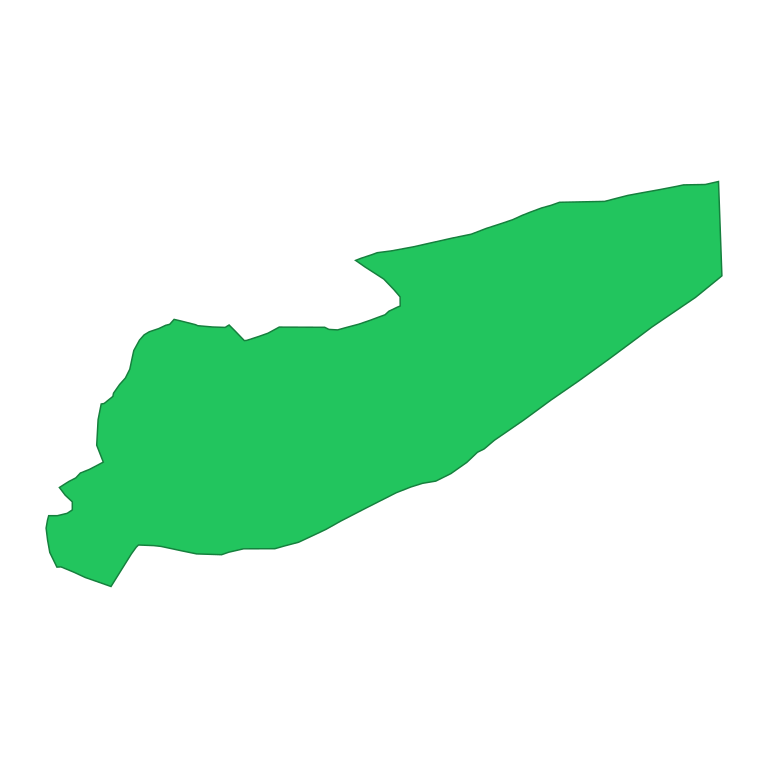 Aderbissinat, Agadez, Niger
{"feature_id": "23599985B52241460380538", "entity_name": "Aderbissinat", "entity_type": "district", "adm_level": 2, "iso_a3": "NER", "parent_name": "Niger", "parent_adm1": "Agadez", "projection": "albers", "projection_center": [8.516, 16.502], "detail": "fine", "context": "isolated", "style": "filled", "palette": "green", "viewbox_px": 768, "rotation_deg": 0, "n_neighbors": 0, "source": "geoboundaries", "source_scale": "gbopen_adm2", "svg_char_len": 1658}
<svg xmlns="http://www.w3.org/2000/svg" viewBox="0 0 768 768"><path d="M111.0,586.5L131.3,554.0L136.3,547.1L138.5,545.0L153.8,545.6L161.0,546.4L182.0,550.9L196.6,553.9L221.6,554.7L228.8,552.2L243.6,548.8L274.9,548.7L284.3,546.0L298.7,542.2L325.9,529.4L340.5,521.2L366.3,507.9L396.3,492.7L410.8,487.0L422.6,483.3L435.8,481.1L450.9,473.6L466.9,462.3L477.4,452.3L484.2,448.9L494.3,440.3L523.5,420.2L550.9,400.1L578.6,381.0L608.9,359.1L638.1,337.4L651.8,327.1L695.6,297.3L719.9,277.5L721.9,275.8L718.5,181.5L705.3,184.5L683.5,184.9L676.9,186.3L659.8,189.6L642.5,192.7L627.9,195.4L617.3,198.1L604.6,201.4L559.5,202.3L551.1,205.3L541.7,207.9L530.9,211.9L522.3,215.3L512.4,219.8L498.7,224.4L486.3,228.4L471.2,234.2L452.6,238.0L433.0,242.4L413.0,246.9L391.2,250.9L377.2,252.7L371.8,254.7L361.2,258.2L355.6,260.4L365.2,267.1L383.7,279.0L393.7,289.4L400.1,296.9L400.2,306.0L397.5,307.1L388.9,311.2L385.0,314.8L378.1,317.3L370.1,320.3L358.7,324.2L345.5,327.7L337.6,329.9L328.9,329.4L324.7,327.3L279.2,327.1L268.0,333.2L258.7,336.5L246.7,340.4L244.3,340.6L234.9,330.8L229.1,325.0L227.1,326.2L225.2,327.4L212.7,327.0L197.7,325.7L195.6,324.7L181.0,321.0L174.1,319.4L169.7,324.3L165.7,325.3L158.7,328.6L149.2,331.8L144.1,334.9L139.5,340.1L133.8,350.5L132.2,357.8L129.8,369.2L125.4,378.0L119.6,384.5L113.5,393.2L112.9,396.4L104.1,403.5L101.2,404.0L98.1,419.7L96.7,445.2L103.3,462.1L89.4,469.4L80.4,473.0L75.8,477.9L69.0,481.4L66.1,483.2L59.4,487.5L65.3,495.3L72.3,501.8L72.3,509.9L67.2,513.3L57.3,515.7L48.7,515.7L47.5,520.1L46.1,528.1L47.6,540.2L49.8,552.5L56.9,567.1L61.0,566.9L73.4,572.0L85.3,577.5L111.0,586.5Z" fill="#22c55e" stroke="#15803d" stroke-width="1.5"/></svg>